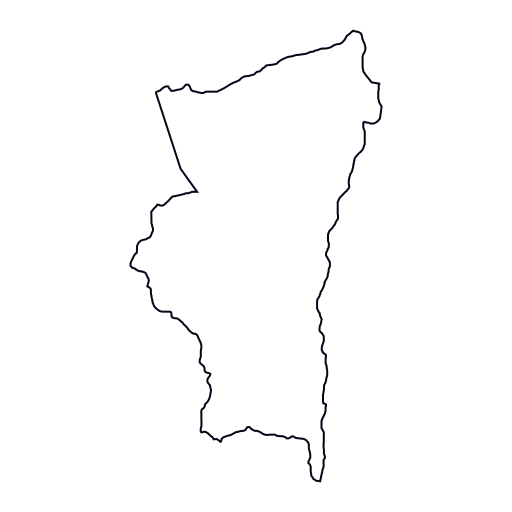 the district of Naranjo, Alajuela, Costa Rica
{"feature_id": "36466004B12549595917957", "entity_name": "Naranjo", "entity_type": "district", "adm_level": 2, "iso_a3": "CRI", "parent_name": "Costa Rica", "parent_adm1": "Alajuela", "projection": "robinson", "projection_center": [-84.384, 10.105], "detail": "fine", "context": "isolated", "style": "outline", "palette": "ink", "viewbox_px": 512, "rotation_deg": 0, "n_neighbors": 0, "source": "geoboundaries", "source_scale": "gbopen_adm2", "svg_char_len": 6017}
<svg xmlns="http://www.w3.org/2000/svg" viewBox="0 0 512 512"><path d="M326.0,404.4L323.3,403.2L323.0,401.0L323.0,394.4L323.3,393.7L323.5,391.3L323.9,390.6L324.1,384.9L325.4,382.8L326.1,380.2L326.5,377.4L327.2,375.7L327.2,370.4L326.8,368.8L326.8,367.2L326.5,366.4L326.3,364.8L325.6,363.2L325.6,359.0L325.9,357.2L325.9,355.2L325.7,354.6L323.5,353.1L322.9,352.1L322.6,352.1L321.7,349.8L321.9,346.6L323.9,340.6L323.7,336.1L322.1,333.4L319.8,331.3L319.5,330.2L319.5,328.6L319.8,326.2L320.6,324.5L321.7,319.4L319.9,315.3L319.9,313.9L319.6,313.6L319.6,313.1L318.2,311.2L318.2,310.5L317.1,308.6L317.1,301.5L317.3,299.7L317.7,298.8L318.2,298.4L319.6,295.9L319.6,295.3L320.2,294.2L320.8,291.5L321.7,290.7L323.7,286.5L323.8,285.4L324.5,284.0L324.6,282.2L325.0,281.8L325.1,281.2L326.8,278.3L327.7,276.3L327.7,275.0L328.5,271.8L328.8,268.7L329.9,266.5L329.9,262.1L329.2,261.2L329.1,260.7L328.1,259.1L327.4,257.5L326.5,256.3L326.0,255.1L326.0,253.9L326.4,252.2L327.6,250.0L327.7,248.8L328.4,247.9L328.8,246.8L328.8,243.0L328.0,240.9L328.0,234.5L329.3,231.1L332.6,227.7L333.4,226.1L334.7,224.7L335.4,223.1L335.7,222.7L335.7,222.1L336.0,221.6L338.0,218.7L338.0,214.9L337.7,214.3L337.7,202.1L338.3,201.1L338.6,199.9L339.7,197.9L345.0,192.3L346.6,191.1L347.4,189.7L348.3,188.9L349.2,187.5L349.0,184.4L348.7,183.9L348.7,181.3L349.0,180.2L349.0,178.9L349.2,178.6L349.5,176.8L350.0,175.7L350.1,174.5L351.8,171.8L352.4,170.0L352.4,169.4L353.3,166.4L353.3,164.5L353.6,164.2L354.1,160.7L354.4,160.4L354.5,159.1L355.7,156.9L357.7,154.6L359.4,152.8L360.7,151.9L363.0,149.0L364.4,144.7L364.7,144.1L364.8,131.9L364.5,131.4L364.2,129.6L363.3,128.0L363.3,122.8L364.1,121.9L364.7,121.9L365.5,122.4L368.9,122.8L370.4,123.5L373.9,123.5L376.7,122.0L378.5,120.4L379.5,118.9L380.0,118.6L381.5,107.2L381.5,106.1L380.2,104.3L379.3,102.5L378.2,97.9L378.3,91.4L378.7,89.9L378.7,85.4L379.1,84.7L379.3,83.6L371.7,82.4L366.2,75.6L363.6,71.9L363.1,70.2L362.6,66.9L362.6,56.4L363.2,54.4L364.2,52.9L365.1,50.6L365.5,47.8L364.4,43.3L363.4,41.5L362.9,39.8L362.3,38.5L361.6,34.7L360.7,33.3L359.3,32.4L357.6,31.8L354.3,31.2L353.3,30.7L352.3,31.3L349.5,33.9L346.8,35.9L344.4,40.1L341.9,42.7L340.0,43.8L336.7,44.3L334.1,45.1L330.9,47.2L327.9,48.1L325.7,48.5L321.3,48.6L317.4,50.1L315.1,50.6L313.4,51.6L310.5,51.9L307.3,53.3L305.3,53.9L298.9,54.8L296.3,55.0L291.6,56.4L288.6,56.8L286.4,57.5L283.8,58.6L280.5,60.4L278.7,61.7L277.0,63.4L276.4,63.8L273.9,64.5L266.5,65.4L264.2,67.5L262.7,68.4L260.2,71.0L259.6,71.4L257.2,71.8L256.7,72.1L255.5,73.0L254.3,74.4L248.1,76.1L245.9,76.1L243.3,76.9L240.6,78.7L239.8,79.8L238.9,80.4L236.9,81.4L233.0,82.9L229.9,84.6L225.8,87.2L225.5,87.2L225.0,87.7L217.5,91.5L216.9,91.7L205.8,91.7L203.3,93.0L201.4,93.0L198.3,92.4L195.5,91.5L192.7,91.1L191.1,89.9L190.6,88.5L190.2,87.8L190.1,87.4L188.7,84.9L188.2,84.7L185.9,84.7L183.2,87.7L181.7,88.8L178.9,89.7L177.8,89.7L173.1,90.9L171.6,90.9L171.0,90.6L170.5,89.7L169.0,88.2L169.0,87.8L168.1,86.4L165.9,86.4L163.9,87.3L163.4,87.8L163.0,87.8L160.1,90.5L157.1,91.6L156.0,92.4L155.9,92.8L180.6,168.8L197.1,191.8L192.3,191.8L188.3,193.2L185.7,193.3L183.9,194.1L183.2,194.1L180.8,194.9L176.2,195.8L175.2,196.2L173.8,196.2L172.1,196.8L170.8,198.1L168.8,200.5L166.1,202.9L165.7,203.6L165.3,203.6L164.6,204.4L162.3,205.7L159.8,205.4L158.9,204.8L157.1,204.8L156.2,206.4L154.1,208.3L151.3,211.8L151.5,223.3L152.1,225.0L152.2,226.6L153.0,228.4L153.0,230.0L152.8,231.2L151.9,232.9L151.0,235.5L150.2,236.6L150.2,236.9L148.8,237.9L147.8,238.2L146.3,239.2L142.1,240.1L140.1,241.2L138.6,242.8L137.7,244.5L137.0,246.3L136.9,252.4L136.4,252.8L136.4,253.2L135.0,254.2L133.7,256.3L132.6,258.6L132.5,259.0L131.3,261.2L130.5,263.7L130.5,265.8L132.3,267.7L133.1,268.1L133.9,268.1L136.0,269.3L136.0,269.6L136.6,269.8L137.2,270.3L139.0,271.1L142.7,271.6L143.2,272.0L144.3,272.2L145.8,273.4L147.3,276.5L147.6,277.6L148.4,278.4L148.9,280.4L147.3,286.4L148.3,286.8L149.9,287.9L150.8,289.0L151.0,294.3L151.5,295.7L151.5,296.9L152.4,300.7L152.6,302.7L153.2,303.6L153.7,305.3L155.1,307.5L158.4,310.3L159.7,311.0L161.4,311.5L163.6,311.7L169.8,311.7L171.0,312.2L171.6,315.3L171.6,316.5L172.3,317.5L174.9,318.3L176.7,318.3L178.5,319.2L182.7,322.8L183.6,324.3L183.9,324.4L187.0,327.4L188.7,330.0L192.0,333.0L192.3,333.0L192.7,333.4L195.2,333.8L196.2,334.2L197.5,335.7L198.5,338.3L199.2,339.2L199.5,340.6L200.6,342.2L200.6,343.0L201.4,345.2L201.3,348.1L200.8,350.9L200.8,356.7L199.7,360.1L199.7,362.2L200.5,363.5L203.8,366.3L204.5,368.1L204.7,370.9L205.4,371.9L207.0,372.7L209.7,373.4L210.4,374.0L210.4,374.4L209.5,376.4L208.0,378.1L207.4,379.8L207.4,381.8L208.4,383.5L209.9,385.1L210.6,388.8L211.1,389.9L210.1,395.8L209.0,399.4L207.8,401.4L205.2,404.2L204.8,405.1L204.8,406.2L203.8,408.0L202.1,409.2L201.5,410.0L201.3,411.5L201.5,425.4L200.7,429.3L200.7,431.4L201.3,432.3L202.0,432.4L203.4,431.8L205.3,431.8L206.3,432.3L207.7,433.1L210.3,435.6L212.0,436.9L212.8,437.6L213.7,439.3L216.7,439.0L219.4,440.8L220.1,441.7L220.7,441.8L221.2,440.8L221.7,438.9L223.4,437.2L227.6,435.8L230.7,435.0L236.0,432.1L237.2,432.0L240.5,431.1L244.1,430.7L245.5,429.8L247.3,427.2L249.1,427.0L249.8,427.4L252.0,429.5L255.0,430.9L257.3,430.9L258.7,431.5L259.6,431.7L262.3,433.5L264.8,434.7L267.8,435.0L269.2,434.7L274.5,434.6L276.2,435.2L276.9,435.9L283.6,436.4L286.1,437.7L286.9,438.5L288.8,438.3L291.2,437.0L291.6,436.4L293.1,436.3L295.9,438.0L303.9,438.9L306.3,440.3L308.3,442.8L308.8,444.4L308.9,448.6L310.2,453.7L310.3,457.1L310.2,457.9L308.7,460.9L308.3,463.0L309.5,464.0L310.2,465.1L310.7,466.8L310.7,471.8L311.1,473.5L311.4,476.0L312.6,477.3L313.5,479.0L315.2,480.0L316.0,480.7L320.2,481.3L320.4,479.6L321.1,477.3L321.1,476.1L321.9,473.5L321.9,472.7L322.1,472.4L322.6,469.6L323.7,466.2L323.5,460.5L324.0,459.2L324.7,458.4L325.0,457.6L324.6,455.4L323.9,453.6L323.9,449.5L323.5,446.3L323.8,440.9L323.8,432.4L322.3,429.3L321.5,428.2L321.5,421.1L321.7,420.2L322.4,419.1L322.4,418.1L323.8,416.0L323.9,415.1L324.6,414.4L325.1,412.6L325.2,411.7L325.6,411.1L325.6,407.1L326.0,406.3L326.0,404.4Z" fill="none" stroke="#020617" stroke-width="2"/></svg>